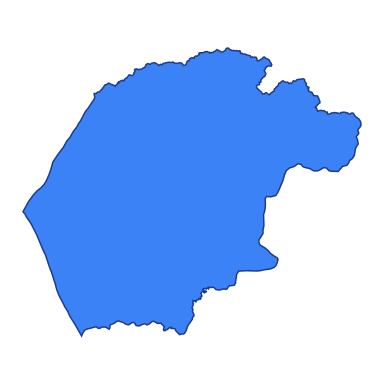 the district of Namtha, Louang Namtha, Laos
{"feature_id": "54806243B37756606625280", "entity_name": "Namtha", "entity_type": "district", "adm_level": 2, "iso_a3": "LAO", "parent_name": "Laos", "parent_adm1": "Louang Namtha", "projection": "orthographic", "projection_center": [101.504, 21.01], "detail": "fine", "context": "isolated", "style": "filled", "palette": "blue", "viewbox_px": 384, "rotation_deg": 0, "n_neighbors": 0, "source": "geoboundaries", "source_scale": "gbopen_adm2", "svg_char_len": 5857}
<svg xmlns="http://www.w3.org/2000/svg" viewBox="0 0 384 384"><path d="M179.5,334.6L182.1,333.9L183.7,333.9L184.9,332.9L186.4,330.1L187.5,326.3L192.3,319.3L192.6,317.2L193.7,316.2L194.0,315.6L193.4,313.2L192.4,311.7L192.9,310.1L192.6,308.5L192.1,308.1L192.0,307.5L192.7,306.4L193.5,303.8L193.5,303.4L192.6,302.5L193.2,301.6L193.1,300.6L193.7,300.8L194.6,300.6L195.0,301.3L195.7,301.8L196.1,301.7L196.3,300.6L197.4,299.8L198.7,299.6L199.0,298.3L200.4,299.2L200.9,298.5L200.9,296.9L201.8,296.3L201.9,295.8L201.0,293.4L201.4,292.3L203.0,291.3L203.6,292.5L204.4,292.8L205.0,292.5L204.9,292.0L206.3,291.8L206.4,291.5L203.6,290.2L202.9,289.7L202.8,289.1L204.7,288.4L206.2,289.0L206.4,288.4L207.4,288.2L208.5,288.9L208.6,288.5L208.0,287.7L208.2,287.3L208.9,287.2L209.6,287.5L213.7,287.3L216.0,289.6L219.9,290.0L223.0,289.0L226.0,289.3L227.3,288.7L227.9,287.3L229.6,285.7L232.1,285.6L234.3,285.2L235.7,282.6L235.6,281.0L236.4,277.1L236.4,275.4L236.8,274.1L238.7,271.1L246.2,270.7L257.4,271.0L260.8,270.6L263.4,269.9L270.2,269.0L274.1,267.4L275.9,265.6L277.2,262.7L278.0,259.5L277.3,257.9L274.4,256.2L270.2,253.2L268.7,251.1L264.7,247.7L260.7,245.5L259.7,244.3L259.0,242.5L258.8,241.1L259.2,239.2L260.2,238.1L263.0,233.5L263.0,230.0L263.9,225.8L263.6,214.5L264.5,211.7L265.2,208.1L265.4,204.1L265.1,199.1L266.4,196.5L271.1,196.8L275.8,195.5L278.1,191.9L282.8,180.9L284.5,174.9L286.3,170.7L289.4,168.0L294.1,166.5L298.0,163.7L301.0,164.4L303.2,166.9L306.2,167.8L309.4,168.4L313.8,170.9L318.1,170.8L321.4,169.1L323.4,167.7L326.6,168.0L328.6,170.5L330.4,171.1L338.1,171.5L342.6,166.4L347.1,165.2L348.8,162.7L349.6,160.4L351.5,159.4L352.5,158.2L354.3,155.6L355.5,148.6L356.9,145.7L358.2,144.0L357.5,139.7L356.2,136.6L358.6,133.7L358.7,132.5L357.9,130.4L358.1,129.2L359.6,127.7L360.9,125.7L361.0,123.7L360.4,121.3L358.8,118.9L355.4,116.5L353.2,113.2L352.5,113.0L351.3,113.1L350.1,114.0L349.2,114.2L347.7,112.9L346.4,113.0L345.4,112.3L342.7,112.2L341.7,112.6L340.9,112.5L340.3,113.3L339.4,113.6L338.7,113.2L334.1,112.5L332.9,113.0L331.5,112.9L330.8,113.6L328.0,114.4L327.6,114.0L327.3,112.1L326.0,112.1L323.9,110.6L322.4,110.8L321.4,110.4L319.8,110.5L317.6,111.3L316.4,107.9L315.6,107.7L315.3,107.2L315.7,106.5L316.6,106.0L319.1,103.2L319.9,102.9L319.8,101.0L319.1,99.9L318.9,98.7L317.6,96.0L313.7,95.6L313.3,95.1L313.4,94.6L312.6,93.9L311.8,92.2L310.4,92.1L308.6,90.9L308.6,89.7L308.0,88.6L308.5,88.5L309.0,87.8L308.7,87.1L307.8,87.1L306.0,85.5L306.4,83.6L304.8,81.4L304.6,79.8L304.0,79.1L302.9,78.7L301.3,79.2L298.1,79.4L296.8,79.8L295.9,80.8L294.7,81.2L293.4,80.8L291.7,83.4L290.2,83.0L289.1,83.7L288.6,82.9L287.5,82.1L286.0,82.3L284.3,81.8L283.3,80.9L282.3,81.0L281.3,81.6L280.7,82.7L278.8,83.3L278.5,84.7L277.8,85.8L276.9,86.7L276.1,87.1L275.6,88.2L274.6,88.9L274.1,89.8L274.2,90.8L271.2,92.8L270.0,93.9L269.6,94.9L269.1,94.9L266.2,92.6L265.2,93.0L264.4,93.9L262.2,93.9L261.6,92.4L257.0,88.1L256.4,86.1L257.3,85.0L259.3,84.7L259.6,83.4L259.2,82.4L260.1,82.5L261.0,81.9L260.6,80.7L261.2,79.9L261.2,79.2L262.5,78.4L263.0,77.2L264.3,76.8L265.1,75.9L265.9,73.5L264.1,70.4L265.3,69.2L265.3,68.5L265.8,67.9L265.9,67.2L266.6,67.1L267.0,66.6L268.7,65.9L271.2,66.1L271.8,64.8L271.2,64.1L271.2,63.4L269.9,61.9L269.6,60.6L268.3,59.4L266.4,58.5L265.6,58.5L264.7,57.1L263.3,57.2L262.1,58.9L261.1,59.1L259.6,60.4L257.5,60.8L257.1,60.5L256.8,58.5L256.0,57.2L253.3,57.2L252.4,56.9L251.1,57.4L250.3,55.8L249.9,55.6L246.3,54.8L246.0,54.3L245.0,54.1L242.3,53.9L242.0,53.2L240.5,53.4L240.3,51.4L239.9,50.8L239.4,50.7L238.3,51.3L236.8,50.6L234.5,50.8L233.5,50.4L231.7,50.7L230.9,49.8L229.3,49.3L228.7,48.3L227.3,48.0L226.1,48.7L225.3,50.3L223.2,51.8L221.9,52.2L216.9,49.6L215.0,51.3L213.9,51.6L213.1,52.5L211.0,52.5L209.9,53.2L209.2,52.2L208.2,52.2L207.3,51.6L205.0,51.7L203.6,52.7L199.4,52.8L198.8,53.8L199.3,54.2L199.0,54.8L197.3,56.0L195.3,56.2L194.4,57.0L194.0,58.3L193.2,57.8L191.6,57.8L189.5,58.8L189.1,60.5L187.1,61.3L186.0,64.6L184.7,65.3L183.6,65.4L181.8,63.2L180.4,62.8L179.2,62.8L178.3,63.2L174.5,63.2L173.0,62.0L170.8,62.6L169.3,62.2L166.3,62.7L162.9,63.7L161.9,64.8L160.5,64.3L158.8,65.5L157.5,64.3L155.4,63.0L154.2,62.7L151.5,63.3L150.4,64.3L147.4,63.6L145.7,65.1L145.0,67.3L142.9,68.1L142.2,68.9L141.2,69.3L139.3,69.3L138.6,69.7L137.3,69.1L136.5,69.4L136.2,68.9L134.7,69.4L134.6,70.9L134.9,71.8L133.9,72.8L133.9,74.1L133.0,75.0L132.0,75.7L129.8,74.9L128.9,75.0L126.9,77.9L125.8,78.2L124.3,79.6L124.2,80.4L123.5,81.2L122.4,80.3L121.0,80.7L119.9,81.6L118.7,81.7L118.5,82.2L118.7,83.1L117.5,83.0L117.1,84.4L116.0,85.1L115.4,86.3L114.6,85.6L110.2,83.9L109.6,83.3L108.4,83.2L106.3,84.7L105.3,84.7L104.3,85.7L103.4,87.7L102.4,88.2L101.9,89.5L101.2,89.9L99.3,92.0L97.8,92.0L96.2,93.4L94.1,93.6L94.8,97.6L94.1,99.2L88.0,108.4L85.4,111.5L80.6,120.7L78.4,123.8L77.2,126.5L73.5,131.1L70.1,137.1L66.7,141.2L63.3,147.4L58.8,153.2L52.9,161.9L51.2,168.2L49.2,174.2L46.3,180.9L44.0,184.5L41.3,187.5L37.1,190.8L33.4,194.9L28.6,201.5L23.0,211.7L25.1,214.3L26.4,216.9L30.6,223.0L32.4,226.3L36.8,235.0L42.9,249.7L45.6,255.3L48.7,264.8L50.6,270.2L51.0,270.6L54.2,280.8L54.9,282.5L56.7,289.6L59.2,295.9L63.6,304.2L64.6,306.5L67.7,311.3L69.8,316.2L74.7,323.9L81.6,336.0L82.8,333.0L84.5,330.5L86.1,329.3L96.2,326.7L97.7,328.0L99.1,328.3L100.1,328.2L101.7,327.0L105.7,327.1L109.2,329.2L109.9,327.9L110.0,325.8L110.5,324.8L114.5,323.1L116.8,321.3L118.4,321.0L123.6,322.6L125.3,324.0L128.2,324.8L129.2,324.6L131.5,322.8L133.8,322.5L134.6,323.0L136.0,325.5L138.8,325.9L139.8,325.8L141.1,324.9L144.2,323.8L145.2,323.9L146.9,324.9L149.5,323.8L152.2,321.4L153.9,321.3L155.0,322.1L156.7,322.8L157.0,323.3L160.1,323.3L160.8,323.1L161.8,324.3L163.0,325.1L163.2,325.8L164.3,326.7L163.6,328.7L163.5,329.9L163.8,330.6L165.1,330.7L165.8,330.3L166.1,329.6L167.4,329.5L168.7,328.2L171.0,327.2L171.1,328.4L174.4,328.6L175.1,329.1L175.9,330.8L179.5,334.6Z" fill="#3b82f6" stroke="#1e3a8a" stroke-width="1.5"/></svg>